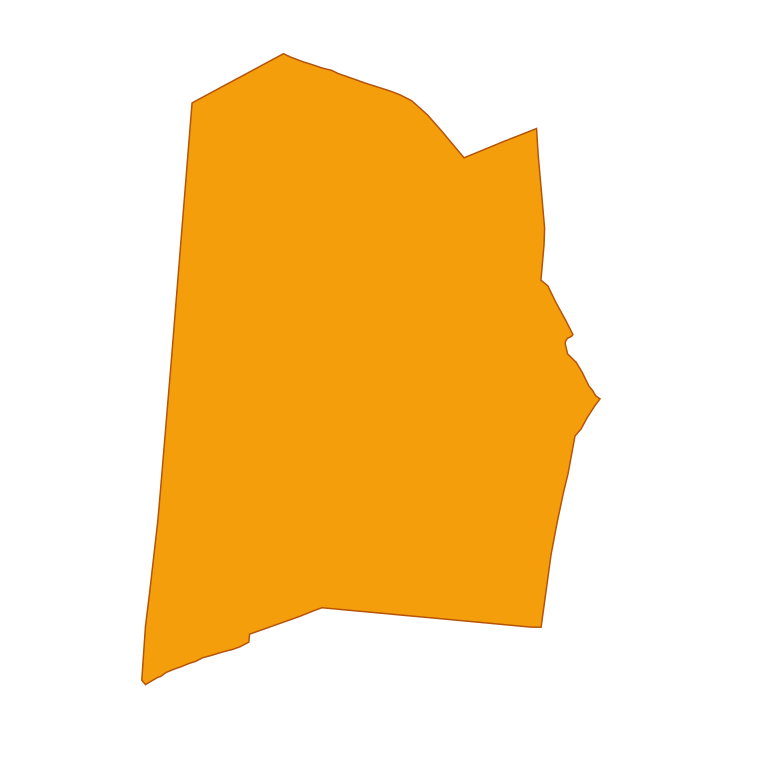 outline of Bilma, Agadez, Niger, rotated 5°
{"feature_id": "23599985B30294266740058", "entity_name": "Bilma", "entity_type": "district", "adm_level": 2, "iso_a3": "NER", "parent_name": "Niger", "parent_adm1": "Agadez", "projection": "robinson", "projection_center": [13.432, 20.296], "detail": "fine", "context": "isolated", "style": "filled", "palette": "amber", "viewbox_px": 768, "rotation_deg": 5, "n_neighbors": 0, "source": "geoboundaries", "source_scale": "gbopen_adm2", "svg_char_len": 1137}
<svg xmlns="http://www.w3.org/2000/svg" viewBox="0 0 768 768"><g transform="rotate(5 384 384)"><path d="M168.7,611.7L167.5,646.3L168.5,700.2L172.6,704.3L175.8,701.9L184.4,695.8L186.9,694.9L192.0,690.4L197.7,687.4L202.4,685.1L206.6,683.3L213.7,679.6L220.6,676.7L227.0,672.6L231.1,671.1L235.5,669.5L244.1,666.0L252.4,662.9L256.0,661.8L263.7,658.2L271.8,652.9L271.9,644.9L321.0,622.5L332.3,616.7L341.7,612.3L534.4,613.3L551.3,613.4L561.7,612.6L565.3,539.3L568.5,507.4L572.2,476.7L575.2,457.0L578.8,419.2L584.3,411.5L589.2,400.1L595.8,387.5L600.5,380.0L595.9,377.3L592.2,372.1L588.2,368.0L580.4,355.0L573.5,345.6L564.3,338.1L561.0,327.9L561.1,325.9L562.6,322.7L566.8,320.0L567.9,318.3L559.5,304.8L547.8,287.3L538.7,272.0L531.3,266.9L531.3,231.5L530.4,214.7L524.9,183.4L517.5,141.6L513.7,116.2L482.2,131.9L444.0,151.7L418.8,126.4L403.7,112.0L387.0,99.5L375.2,94.7L364.6,91.6L350.7,88.5L338.7,85.8L323.1,81.7L311.2,78.7L304.5,76.1L294.3,74.5L284.5,72.1L274.9,70.0L261.9,66.3L255.1,63.7L245.9,69.7L219.2,87.3L202.5,98.2L168.3,120.7L170.1,379.6L170.6,508.5L170.6,539.7L168.7,611.7Z" fill="#f59e0b" stroke="#b45309" stroke-width="1.5"/></g></svg>